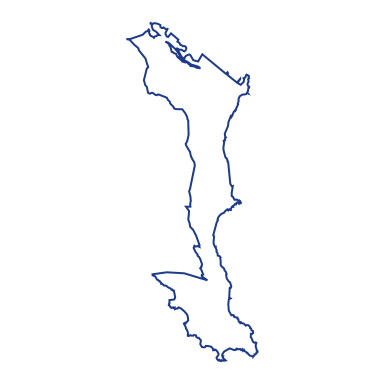 East Mahe, Anse Royale, Seychelles (Natural Earth projection)
{"feature_id": "34574756B49819614716360", "entity_name": "East Mahe", "entity_type": "district", "adm_level": 2, "iso_a3": "SYC", "parent_name": "Seychelles", "parent_adm1": "Anse Royale", "projection": "natural_earth1", "projection_center": [55.513, -4.728], "detail": "fine", "context": "isolated", "style": "outline", "palette": "blue", "viewbox_px": 384, "rotation_deg": 0, "n_neighbors": 0, "source": "geoboundaries", "source_scale": "gbopen_adm2", "svg_char_len": 5962}
<svg xmlns="http://www.w3.org/2000/svg" viewBox="0 0 384 384"><path d="M150.5,23.6L152.0,24.3L151.7,26.1L152.9,29.7L156.3,31.9L159.4,35.1L157.5,35.0L156.4,36.2L154.9,36.4L153.9,37.8L153.0,36.8L151.1,36.1L150.0,35.1L150.1,34.4L149.3,33.6L149.0,32.5L149.5,30.8L148.7,29.5L147.4,31.1L145.8,31.7L142.6,34.8L130.2,39.0L126.4,39.1L129.7,39.8L134.2,44.7L137.7,47.6L138.6,48.7L138.7,50.0L139.6,51.2L145.4,58.4L148.2,67.2L146.8,68.5L143.9,80.2L145.3,85.2L146.8,86.9L148.1,92.9L150.0,93.7L151.4,92.9L152.7,92.9L155.5,94.9L156.8,95.2L157.9,94.4L159.4,94.8L166.8,97.7L168.0,100.0L169.7,101.5L170.2,103.5L173.6,107.0L173.9,108.3L175.9,109.1L182.3,109.3L185.3,113.3L187.3,117.4L187.4,119.0L188.2,120.5L188.6,134.8L187.2,141.2L185.7,143.9L186.2,145.6L190.0,151.9L190.8,155.9L192.8,160.1L194.3,162.2L194.8,165.6L190.0,189.0L189.1,191.2L190.4,196.4L190.8,200.7L190.2,203.8L190.4,206.7L186.0,206.7L189.1,211.1L188.3,219.6L189.6,223.3L190.1,226.7L193.1,229.8L196.1,235.6L199.5,245.1L198.9,245.4L199.4,246.9L197.5,246.1L195.4,246.6L194.4,245.8L193.6,247.9L195.6,252.1L197.5,254.4L197.6,255.8L199.0,256.9L200.5,259.6L201.0,261.6L201.6,262.5L202.0,265.1L201.2,266.4L201.5,267.0L200.2,268.3L201.1,269.2L203.2,274.6L201.8,275.0L201.6,275.7L202.3,276.8L207.4,280.3L184.2,273.3L166.8,272.3L152.5,274.3L152.6,275.3L155.2,276.4L157.1,279.7L158.0,279.9L159.1,281.1L159.6,281.0L160.6,282.5L161.2,282.7L161.2,283.9L162.6,284.1L163.9,285.5L165.8,285.5L168.5,287.6L170.6,288.5L171.7,289.9L172.4,289.6L173.3,290.8L173.9,290.7L175.2,297.4L174.2,299.5L169.4,300.1L169.5,303.1L169.2,303.2L168.8,305.1L169.5,305.3L169.9,306.5L171.3,307.9L172.0,307.6L173.2,308.0L173.4,307.5L174.2,308.1L174.7,307.7L174.9,309.1L176.0,308.6L177.6,308.6L178.5,307.4L180.9,308.4L184.2,311.2L186.9,314.3L187.7,316.1L188.2,320.3L186.5,322.4L186.0,322.4L185.6,323.5L184.4,323.0L183.9,323.6L185.6,326.9L186.1,329.0L186.8,329.5L187.5,331.3L188.1,333.4L188.2,334.1L187.7,334.6L187.8,335.8L188.8,336.0L190.6,335.2L191.8,335.7L193.4,335.6L193.7,335.1L195.9,335.3L196.4,337.1L198.6,338.2L198.9,338.0L200.9,340.3L200.3,344.2L201.8,346.9L203.9,347.4L205.3,346.9L205.8,345.9L208.1,346.0L211.2,346.7L213.1,348.9L213.1,350.2L214.9,350.1L215.1,349.6L216.0,350.0L217.3,351.5L218.6,354.0L218.5,354.8L216.5,357.7L217.2,359.3L218.2,360.3L219.4,360.8L220.0,360.8L219.9,360.2L221.3,361.0L221.8,360.2L223.4,360.7L224.0,360.2L224.4,360.4L224.3,359.9L225.2,360.0L223.0,358.0L222.7,357.5L223.3,356.2L222.2,355.8L222.1,355.0L223.5,352.3L224.9,351.1L229.7,348.4L234.2,350.1L236.2,349.7L236.2,349.0L236.9,348.6L238.4,349.3L240.1,349.0L240.9,350.0L241.6,349.6L241.9,349.9L242.2,349.4L243.0,350.9L243.9,349.8L244.6,351.1L247.3,352.8L247.3,353.4L248.0,353.6L249.7,355.5L252.7,356.4L253.4,355.9L253.4,356.4L254.7,354.8L254.6,354.4L255.3,354.4L256.5,353.4L256.4,352.5L257.6,351.9L257.4,350.8L256.8,350.5L255.6,345.9L256.3,342.8L255.6,342.4L254.3,342.7L253.4,342.2L252.3,340.3L251.9,338.7L250.8,337.3L250.9,333.8L252.0,334.0L253.0,333.1L253.0,331.1L251.5,330.3L251.1,328.5L250.2,328.2L249.9,326.8L248.3,325.2L246.4,325.1L245.6,325.6L243.7,323.5L241.3,323.1L240.9,322.3L240.2,323.0L239.6,321.9L238.7,321.6L238.3,319.1L237.5,318.8L237.4,317.6L234.4,317.1L233.8,316.2L233.9,315.5L233.0,315.0L231.4,315.3L228.8,310.7L228.3,304.3L228.7,300.1L229.2,298.3L229.9,298.7L230.6,298.4L229.2,297.3L229.7,288.5L229.8,288.0L230.3,288.3L230.9,287.7L231.3,286.3L230.0,282.3L228.9,281.6L226.8,278.6L226.1,274.8L226.6,274.3L225.9,272.0L224.3,269.9L224.2,268.7L221.2,266.0L220.6,264.5L220.7,261.1L220.2,257.6L220.5,257.3L219.5,256.1L217.7,255.6L217.6,253.4L216.4,251.5L216.7,250.5L215.8,248.1L215.8,246.8L215.1,247.0L213.9,244.5L213.5,242.6L214.1,236.3L213.2,235.4L216.6,222.7L217.9,220.1L217.5,219.8L218.0,218.0L219.2,216.0L221.3,214.0L224.4,212.5L224.7,211.6L226.8,209.7L227.3,210.0L227.7,209.5L228.2,210.1L228.4,209.6L229.4,209.3L230.1,210.1L230.9,210.0L230.8,208.9L231.8,207.0L232.7,206.9L232.4,206.6L232.8,206.0L234.1,205.3L234.7,204.2L235.9,204.5L236.6,202.6L237.4,202.8L238.1,202.4L239.0,203.7L239.5,203.1L240.0,203.5L240.7,203.2L240.9,202.6L240.0,202.2L240.1,201.1L239.1,200.3L238.1,200.6L236.8,199.5L234.5,199.8L232.9,196.8L231.8,196.2L231.7,192.9L232.8,186.1L231.9,186.4L230.3,183.9L228.2,162.4L227.4,161.5L227.6,160.5L226.4,158.0L225.8,157.8L225.3,156.9L223.5,150.1L223.4,147.7L224.4,140.6L223.8,141.2L223.7,140.7L225.2,139.9L225.0,138.3L225.3,137.2L225.7,137.2L225.0,136.0L224.8,133.7L228.0,126.0L228.5,121.9L230.4,117.3L231.0,117.6L232.0,116.0L229.9,115.7L232.0,115.8L233.9,111.6L234.8,110.7L235.1,111.0L236.0,109.7L235.8,109.3L238.1,104.3L237.8,103.7L238.6,101.2L238.5,99.1L239.7,96.3L242.2,94.7L246.0,94.2L246.9,93.0L247.9,93.4L247.2,92.5L248.0,90.8L248.4,87.9L249.0,87.8L249.3,86.9L247.9,85.7L247.5,84.5L247.7,83.1L248.6,81.7L248.1,79.2L249.1,78.3L248.6,77.3L248.9,76.1L247.5,75.0L246.6,75.4L246.3,75.0L245.1,77.7L243.5,78.2L244.1,79.4L243.7,81.9L240.6,84.8L237.3,82.8L240.1,79.4L240.1,78.9L237.0,82.6L227.5,75.0L228.1,73.4L227.5,72.3L225.9,73.8L202.3,54.3L198.1,61.5L193.3,60.2L190.4,55.1L189.2,54.4L186.0,55.8L184.9,57.2L184.2,59.3L183.3,59.4L183.5,58.3L181.6,56.9L178.6,51.3L177.0,49.2L176.3,49.5L176.4,48.7L177.1,48.4L179.3,49.6L181.2,49.7L184.2,51.4L185.4,50.7L186.3,48.7L185.9,47.0L184.6,46.1L182.7,46.2L181.7,45.2L180.3,44.8L179.5,43.0L177.4,41.6L178.4,39.7L171.0,33.4L168.1,37.0L166.8,36.5L165.6,34.2L165.5,32.9L168.0,28.1L166.9,30.0L163.6,27.4L162.7,28.1L161.3,27.8L160.4,26.8L160.4,25.1L157.8,23.8L154.8,23.2L153.3,23.4L152.6,24.2L150.7,23.0L150.5,23.6ZM165.4,41.6L167.8,42.4L169.9,43.9L176.2,49.9L178.9,54.0L180.7,58.2L181.9,59.5L187.2,61.6L191.1,64.5L198.2,66.6L199.7,67.7L199.6,68.2L198.6,68.0L198.2,68.8L198.6,67.5L197.9,67.0L197.0,67.9L193.9,66.3L190.8,66.1L187.0,62.2L185.6,62.5L182.0,61.4L181.6,60.1L180.7,59.8L180.8,59.3L179.8,58.3L179.4,58.6L178.6,57.9L178.7,57.1L178.0,57.5L176.8,55.9L176.2,54.1L174.5,53.2L173.9,53.3L172.7,52.0L171.7,51.9L170.4,46.6L169.7,46.2L168.8,43.9L165.4,41.6Z" fill="none" stroke="#1e3a8a" stroke-width="2"/></svg>